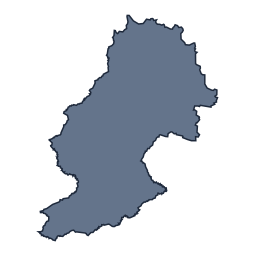 the district of Watthana Nakhon, Sa Kaeo, Thailand
{"feature_id": "78962969B91417690270455", "entity_name": "Watthana Nakhon", "entity_type": "district", "adm_level": 2, "iso_a3": "THA", "parent_name": "Thailand", "parent_adm1": "Sa Kaeo", "projection": "orthographic", "projection_center": [102.317, 13.885], "detail": "fine", "context": "isolated", "style": "filled", "palette": "slate", "viewbox_px": 256, "rotation_deg": 0, "n_neighbors": 0, "source": "geoboundaries", "source_scale": "gbopen_adm2", "svg_char_len": 5786}
<svg xmlns="http://www.w3.org/2000/svg" viewBox="0 0 256 256"><path d="M195.8,140.7L195.6,136.7L198.2,137.0L199.5,134.7L197.0,132.2L197.4,126.1L195.3,125.1L196.4,122.6L197.1,122.8L199.6,119.7L198.9,118.0L199.4,117.6L199.2,116.8L196.2,115.0L196.7,111.3L194.4,109.7L193.6,109.9L194.7,106.0L198.0,106.0L199.5,106.5L200.3,105.3L211.0,107.1L211.0,105.9L214.7,104.3L213.8,103.1L216.5,102.0L216.3,100.8L217.5,97.6L215.5,97.1L214.9,96.2L216.8,94.8L216.9,90.0L214.6,89.2L213.4,90.4L211.8,90.2L207.2,88.1L204.8,84.0L204.8,74.9L202.6,74.7L201.2,73.7L199.7,69.8L200.4,68.1L200.2,66.3L196.5,64.6L195.6,63.6L195.5,53.8L197.0,52.3L195.3,51.8L194.8,50.9L194.8,49.8L195.5,48.9L194.6,48.1L195.4,46.5L194.7,43.0L193.7,43.0L189.4,45.1L185.4,44.7L184.7,42.7L181.1,39.2L180.8,33.5L182.3,32.1L183.2,30.3L182.8,28.8L181.4,27.1L178.8,27.5L177.5,25.6L175.1,24.8L174.3,26.5L173.0,27.6L172.5,29.1L170.3,29.0L166.5,27.1L164.9,27.3L164.3,24.9L163.6,24.3L161.8,25.1L159.8,24.3L157.3,24.2L155.8,22.6L155.8,21.1L156.5,19.9L153.8,20.5L153.0,18.8L152.2,18.5L150.6,18.9L150.2,19.9L146.5,19.2L143.3,23.5L138.6,24.0L133.4,20.9L129.1,15.4L127.2,15.4L127.0,16.7L128.0,21.9L127.4,24.1L126.3,25.3L126.6,28.6L124.7,29.7L122.8,31.9L119.3,31.4L117.7,33.6L116.2,32.7L115.3,30.6L114.3,30.4L114.0,35.5L112.6,37.6L113.3,38.2L113.6,40.7L114.1,41.1L113.6,43.8L111.9,45.6L108.7,47.0L108.8,48.2L108.1,48.7L107.3,54.0L106.5,55.3L107.7,56.5L107.7,57.4L108.8,58.0L108.2,58.5L108.8,59.0L107.9,60.4L108.6,60.7L107.6,63.7L108.5,66.5L108.1,67.5L108.5,71.6L103.4,74.2L102.8,75.9L102.0,76.1L101.1,77.6L99.7,77.6L98.0,79.0L98.0,79.7L94.9,80.8L95.1,83.2L92.7,88.2L90.2,89.4L89.4,90.5L90.8,92.3L90.5,93.7L89.6,93.8L90.2,94.5L88.9,95.9L87.2,96.5L85.6,98.4L84.5,98.3L83.9,99.2L84.8,99.4L84.7,99.9L82.7,101.3L81.9,103.2L80.0,103.4L79.5,104.0L78.0,103.9L76.5,105.3L73.6,104.7L73.3,105.2L71.6,105.2L71.4,105.9L69.8,105.9L69.3,106.7L68.2,107.1L67.5,109.2L66.3,109.5L66.6,110.5L64.1,111.6L63.7,113.3L67.5,115.4L68.5,119.7L67.2,120.7L66.7,122.6L65.2,124.7L63.7,125.0L63.7,126.8L60.9,133.1L61.0,133.8L60.4,134.8L57.9,135.5L57.4,136.1L56.8,136.2L56.6,135.7L55.4,136.1L54.1,137.7L53.5,137.4L52.6,138.5L50.4,139.4L50.3,140.0L49.3,139.6L49.1,139.9L52.2,142.9L51.8,145.2L50.7,145.5L50.8,146.2L53.1,148.8L54.0,148.7L53.4,149.7L54.4,149.7L54.3,150.1L55.3,150.5L55.5,151.3L56.4,152.2L56.9,152.0L57.3,152.8L57.0,153.9L57.6,154.5L57.1,154.9L57.8,156.3L57.3,157.5L56.9,157.3L57.2,157.9L56.8,158.2L57.3,159.2L57.7,159.3L58.4,161.4L57.7,161.4L57.4,162.2L58.0,163.0L57.4,163.3L57.7,164.4L57.2,165.3L57.9,165.3L58.3,166.2L60.4,166.3L60.4,167.8L62.0,168.5L61.7,168.9L62.2,169.7L61.7,170.3L62.2,170.3L62.7,171.6L63.2,171.7L63.6,172.4L64.3,172.1L64.0,172.7L65.4,173.8L66.9,173.6L67.6,174.9L68.2,175.0L69.7,173.8L70.4,174.5L72.4,174.8L72.7,175.6L72.8,175.2L73.3,175.5L73.0,174.8L73.4,174.6L75.3,175.3L75.6,176.2L74.9,177.0L75.3,176.6L75.9,177.3L75.3,177.9L76.1,178.8L77.2,178.8L76.8,179.9L77.7,180.0L78.4,181.3L78.3,182.5L77.0,183.2L78.0,186.1L77.7,187.2L76.5,188.1L76.9,189.0L76.1,191.6L75.5,191.5L75.1,192.4L74.6,192.2L74.2,193.1L73.2,193.2L73.0,193.7L71.9,193.5L70.7,195.4L69.5,195.9L68.7,197.9L63.1,198.7L62.5,200.1L60.1,199.7L59.7,201.5L58.8,202.1L52.7,204.4L46.7,208.6L43.9,209.4L43.5,210.5L40.3,211.4L40.5,212.6L43.3,212.5L43.6,213.3L45.6,213.7L46.5,215.2L46.9,215.0L47.1,215.9L48.7,216.6L48.8,218.4L48.5,220.9L46.7,221.5L45.3,223.7L44.9,225.3L43.6,226.0L42.9,227.3L43.3,228.2L42.5,230.9L40.8,231.7L38.5,231.8L40.1,232.9L40.0,233.5L41.4,234.1L41.5,235.1L41.9,234.7L42.6,235.5L43.3,235.3L43.6,236.2L44.1,236.0L45.4,236.8L47.0,236.7L47.0,237.1L47.6,236.7L49.2,238.0L49.1,238.5L50.5,238.2L51.9,238.9L52.7,239.9L55.2,240.6L56.0,238.7L57.0,237.9L56.7,237.5L57.5,236.2L58.4,235.7L59.4,236.3L60.0,235.7L60.4,236.2L62.8,236.4L64.9,234.2L66.0,234.4L66.8,233.4L68.8,232.9L69.8,231.6L71.8,230.5L73.7,230.2L75.4,232.1L76.7,231.9L85.1,233.0L86.3,233.6L86.6,234.6L88.1,235.5L90.9,232.5L93.0,232.4L95.1,229.8L96.2,230.1L96.3,229.4L97.5,229.5L97.8,228.0L98.9,228.2L98.8,226.6L100.0,226.9L101.8,225.9L101.8,224.7L103.7,225.0L103.9,224.6L104.5,225.1L108.5,224.1L109.5,224.4L112.3,226.4L114.0,226.6L114.9,226.4L115.4,225.6L117.9,225.2L118.4,224.4L119.0,224.8L119.9,223.9L119.1,223.3L119.8,223.3L121.3,220.7L120.8,220.3L122.2,219.4L121.6,218.7L121.7,217.5L123.3,217.5L123.6,216.5L124.7,215.8L125.3,216.2L125.2,215.7L125.8,215.9L125.8,215.5L127.7,216.5L127.4,217.2L127.9,217.7L129.9,217.8L134.5,215.8L134.2,215.5L134.7,215.3L134.9,214.3L135.4,214.6L135.9,213.9L136.9,213.9L137.0,213.2L137.5,213.1L136.8,212.3L139.5,210.3L139.7,209.6L138.6,209.4L138.0,207.7L141.0,205.8L141.7,204.1L144.0,202.1L145.4,202.1L146.8,201.0L147.6,201.3L148.0,200.6L148.8,200.5L149.0,199.7L152.4,199.6L153.3,198.5L155.1,198.1L155.9,195.7L157.8,194.9L157.9,193.2L158.7,193.2L159.5,194.0L161.4,193.5L161.7,194.0L162.0,193.2L162.4,193.6L163.4,193.2L164.3,191.3L166.2,191.4L166.7,190.7L166.5,189.9L165.5,189.8L165.7,189.2L166.4,189.3L166.2,187.9L164.8,187.9L164.2,186.8L163.1,186.9L163.0,186.1L162.3,186.5L161.7,184.7L160.9,184.6L161.1,185.2L160.0,185.0L160.1,183.7L158.8,184.2L158.3,183.2L157.6,183.7L156.3,182.0L155.2,182.8L154.4,182.0L153.7,182.5L152.9,180.4L152.1,180.3L151.3,179.5L151.2,177.9L150.7,177.7L151.1,176.8L149.5,176.2L149.6,175.3L148.6,174.9L148.4,173.0L147.4,171.8L147.4,170.4L145.6,166.9L145.0,163.9L143.5,162.8L143.1,163.0L142.9,162.3L141.0,161.1L141.7,160.8L141.3,160.2L141.6,159.3L143.2,157.0L144.1,153.6L145.2,152.5L145.3,151.2L146.6,151.2L147.7,148.5L149.3,148.6L150.1,146.9L152.6,145.1L153.3,141.8L155.5,140.4L156.5,137.9L157.7,136.9L158.9,137.0L159.3,135.2L160.2,134.7L165.6,136.5L167.7,136.7L168.1,133.6L171.0,131.8L172.2,132.1L174.2,133.8L176.1,133.4L176.4,134.7L182.4,135.9L182.9,136.3L182.7,137.6L187.5,139.5L191.4,140.7L195.8,140.7Z" fill="#64748b" stroke="#1e293b" stroke-width="1.5"/></svg>